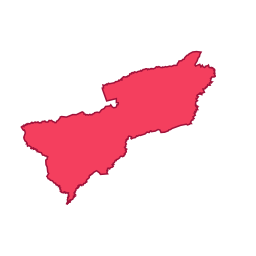 the district of Khlong Hat, Sa Kaeo, Thailand, rotated 250°
{"feature_id": "78962969B65728256000348", "entity_name": "Khlong Hat", "entity_type": "district", "adm_level": 2, "iso_a3": "THA", "parent_name": "Thailand", "parent_adm1": "Sa Kaeo", "projection": "natural_earth1", "projection_center": [102.263, 13.466], "detail": "fine", "context": "isolated", "style": "filled", "palette": "rose", "viewbox_px": 256, "rotation_deg": 250, "n_neighbors": 0, "source": "geoboundaries", "source_scale": "gbopen_adm2", "svg_char_len": 5809}
<svg xmlns="http://www.w3.org/2000/svg" viewBox="0 0 256 256"><g transform="rotate(250 128 128)"><path d="M165.4,28.1L162.3,28.7L161.5,29.2L161.6,29.8L160.5,30.0L158.4,29.8L154.9,26.9L154.4,27.1L153.6,26.6L150.8,26.9L150.2,27.5L148.6,27.9L147.9,27.2L147.7,27.9L145.3,27.4L145.3,29.0L143.0,30.5L142.0,29.7L141.6,30.1L141.7,32.4L141.2,32.6L140.3,32.0L139.9,34.1L138.4,34.1L138.3,35.0L136.9,34.6L136.7,35.5L136.2,35.6L134.4,38.2L131.8,38.4L131.1,39.9L130.0,40.6L129.5,41.8L128.3,42.7L127.9,42.0L126.4,41.4L126.1,40.0L125.5,39.6L121.5,38.4L119.0,38.7L114.0,37.5L112.4,37.9L110.2,35.2L109.8,35.5L107.7,35.6L106.7,36.8L105.5,37.1L104.2,39.0L101.7,39.7L100.8,41.1L99.4,40.9L98.9,41.8L98.5,41.8L98.5,42.3L97.7,42.5L97.5,43.4L97.0,43.1L97.1,43.5L96.7,43.5L96.7,43.9L95.2,43.5L94.9,43.8L94.7,43.3L93.8,43.6L93.2,43.0L92.5,43.7L91.3,43.5L91.3,43.0L90.1,43.7L89.4,44.8L89.6,45.3L89.2,45.5L89.6,46.1L89.2,46.2L89.4,46.5L88.8,46.8L88.9,47.3L88.2,47.2L88.3,47.9L87.7,48.4L87.8,49.3L87.4,49.9L86.5,49.3L85.0,49.3L84.8,48.8L84.1,49.0L83.9,48.2L83.1,48.1L83.2,47.5L82.2,47.3L81.4,46.5L79.7,46.9L79.8,46.2L79.3,46.3L78.6,45.7L78.7,45.3L77.8,44.4L77.3,44.9L77.8,45.4L77.7,46.0L78.4,46.4L78.2,48.3L78.8,48.3L79.2,49.0L79.6,48.3L80.2,48.9L79.9,51.6L81.1,52.7L81.2,53.3L82.1,53.4L81.7,53.9L82.0,54.9L82.5,54.2L83.5,54.7L83.3,55.8L85.4,55.1L85.9,56.5L86.3,56.3L87.4,57.9L88.5,58.2L88.9,59.1L88.5,59.8L88.8,60.6L89.2,60.3L89.3,61.2L89.9,61.0L90.0,61.6L90.5,61.5L90.2,62.2L90.9,62.4L90.5,63.0L90.9,63.5L90.6,63.6L90.8,64.2L90.0,64.7L90.4,64.9L89.8,66.4L91.0,67.4L90.7,68.7L91.8,70.0L91.3,70.6L91.8,71.0L93.2,71.1L94.0,72.7L94.0,73.6L94.8,74.7L96.1,75.0L96.4,76.4L96.9,76.5L96.7,77.3L97.2,78.2L97.0,78.8L98.0,80.4L98.6,83.8L95.7,85.8L93.8,86.3L91.9,93.2L93.6,93.0L94.4,93.7L95.3,93.7L95.0,94.4L96.7,94.9L96.6,95.6L97.0,95.5L96.9,96.1L95.8,96.8L96.7,97.8L96.6,100.0L97.0,101.0L98.4,100.7L98.5,101.8L99.0,101.3L99.0,101.9L99.9,102.0L100.2,103.3L101.8,104.9L101.4,105.8L102.3,106.3L102.1,107.5L102.8,109.9L103.7,110.8L103.9,111.8L102.9,113.2L103.1,114.4L103.4,114.3L104.0,115.9L104.8,115.8L104.7,116.4L105.9,117.2L106.1,118.2L107.3,118.5L108.1,118.1L108.6,119.5L109.6,118.6L111.1,118.2L111.3,119.5L113.0,120.0L113.5,121.0L115.1,120.6L116.4,121.6L116.4,122.1L117.1,122.2L117.3,123.0L117.7,122.6L118.3,124.0L117.9,124.4L119.8,125.3L120.1,126.1L118.6,128.2L117.1,127.2L116.6,127.5L116.9,128.9L116.5,131.8L117.6,133.4L117.0,134.2L117.4,135.8L116.8,137.0L116.6,142.1L117.6,144.4L116.5,146.4L117.6,148.1L117.5,148.6L116.5,148.9L115.8,152.6L116.3,155.7L115.2,157.3L112.5,157.5L111.5,161.1L111.6,165.0L112.2,165.5L112.0,167.4L112.5,169.2L112.5,178.4L111.6,184.1L110.5,185.0L110.5,187.2L110.9,187.7L110.5,189.1L112.1,188.8L113.6,190.6L113.3,191.7L114.3,192.3L114.3,193.3L116.2,192.9L117.0,195.6L118.1,195.4L118.9,195.9L119.3,195.5L119.4,196.8L120.6,196.6L120.4,197.5L120.7,198.3L122.1,198.3L121.6,199.7L122.3,199.5L123.3,200.2L123.9,199.8L124.1,200.8L124.6,200.2L124.9,200.6L125.5,199.9L125.3,199.3L125.9,199.1L126.4,199.8L127.0,199.5L129.4,200.6L129.9,202.6L131.2,201.9L132.3,202.1L131.9,202.7L133.3,204.7L133.9,203.8L134.6,203.7L134.6,204.3L135.5,204.6L135.4,206.5L135.9,206.5L136.3,207.5L136.1,208.1L134.8,207.9L134.1,208.8L135.5,209.5L135.4,212.0L139.0,211.8L138.5,213.5L139.2,215.2L139.6,214.8L139.9,215.5L139.7,216.5L141.4,217.6L140.5,218.5L140.2,219.9L142.2,219.7L142.6,220.5L141.8,221.5L142.5,222.8L142.7,222.2L143.5,221.7L144.5,221.8L145.7,222.8L146.4,222.6L146.5,223.6L147.3,224.3L146.5,226.3L146.7,227.6L147.2,227.8L148.2,227.4L149.2,228.2L150.0,227.5L150.5,228.4L151.2,228.3L151.9,229.0L152.6,228.6L152.7,229.2L153.4,229.4L154.2,229.0L154.3,228.4L155.7,228.2L155.7,227.3L156.5,226.9L156.3,226.4L157.1,225.0L159.6,225.1L159.3,224.4L159.5,221.9L159.0,221.8L158.7,220.5L159.9,219.5L161.6,219.3L160.5,217.4L163.3,217.2L163.1,212.8L164.2,212.5L165.3,213.2L167.3,215.8L169.8,217.8L170.8,219.6L172.8,220.8L174.3,222.6L176.4,218.5L177.3,214.8L176.7,210.6L176.1,209.8L176.1,208.2L174.7,205.4L173.4,204.3L173.7,202.8L172.9,201.5L173.5,198.8L172.3,197.8L171.8,196.6L170.3,195.6L170.3,194.8L171.2,192.6L171.0,189.8L171.9,188.4L172.1,185.2L172.9,184.2L172.7,182.6L173.4,181.5L173.0,181.2L173.7,179.4L175.2,178.0L174.9,176.7L175.7,176.2L175.8,175.3L175.1,174.3L174.9,171.8L175.6,171.0L175.6,170.0L176.0,169.9L175.8,168.0L176.4,167.6L176.1,166.5L176.7,166.5L177.3,165.8L177.6,164.6L177.4,163.4L177.8,162.2L176.9,160.3L177.7,159.8L177.3,159.3L177.7,156.7L177.3,155.0L178.5,153.4L178.4,152.7L177.7,152.1L178.7,150.9L178.4,149.9L177.7,149.8L178.2,148.1L176.9,147.3L176.7,146.4L177.0,145.7L176.4,144.9L176.8,144.2L176.6,143.5L177.7,141.2L177.0,140.1L176.7,138.8L176.0,139.0L175.2,138.6L176.0,137.4L175.4,136.1L176.0,135.7L175.4,135.1L175.4,133.3L175.8,132.3L175.2,130.6L175.9,125.9L176.7,124.9L176.2,124.0L176.6,123.2L175.8,122.9L176.5,121.8L176.0,120.4L176.9,119.2L174.1,118.7L174.3,117.5L172.8,117.3L160.7,117.2L159.6,127.1L155.8,125.7L155.1,127.5L154.3,127.2L153.3,126.5L153.6,125.5L151.9,124.3L151.6,123.5L151.9,121.5L153.1,120.4L155.7,119.7L154.9,118.5L155.9,114.3L154.4,112.2L154.2,109.4L152.3,106.4L153.4,104.4L153.8,101.9L153.2,100.9L153.2,99.2L152.8,98.9L153.2,97.3L153.9,96.9L153.7,95.2L154.7,94.0L154.7,92.7L155.8,92.4L156.1,91.5L157.6,91.6L158.8,90.5L158.2,84.0L159.5,80.7L159.3,73.9L161.5,69.5L161.5,68.1L160.7,67.6L158.9,64.6L158.8,63.2L157.7,62.3L158.0,61.1L159.3,60.4L159.7,59.5L161.3,58.8L161.5,57.4L162.1,56.5L161.0,54.8L161.7,52.9L163.0,52.3L163.1,51.6L162.8,51.4L163.5,49.7L162.6,48.2L163.1,47.4L162.9,46.9L164.0,45.2L164.5,45.4L164.6,43.2L165.4,42.8L165.1,40.3L165.7,40.0L165.6,39.6L166.2,39.5L165.5,37.2L166.4,35.5L165.9,35.1L165.8,34.6L166.1,34.5L165.9,33.8L166.4,33.7L165.7,32.7L166.1,32.5L165.6,31.3L166.0,31.1L165.1,30.6L165.7,30.3L165.8,29.8L166.0,30.0L165.4,28.1Z" fill="#f43f5e" stroke="#9f1239" stroke-width="1.5"/></g></svg>